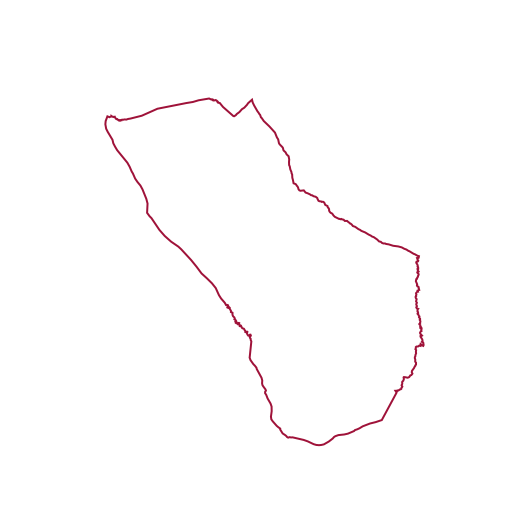 Liwale, Lindi, United Republic of Tanzania (Equal Earth projection), rotated 313°
{"feature_id": "72390352B80391364217442", "entity_name": "Liwale", "entity_type": "district", "adm_level": 2, "iso_a3": "TZA", "parent_name": "United Republic of Tanzania", "parent_adm1": "Lindi", "projection": "equal_earth", "projection_center": [38.174, -9.186], "detail": "fine", "context": "isolated", "style": "outline", "palette": "rose", "viewbox_px": 512, "rotation_deg": 313, "n_neighbors": 0, "source": "geoboundaries", "source_scale": "gbopen_adm2", "svg_char_len": 6116}
<svg xmlns="http://www.w3.org/2000/svg" viewBox="0 0 512 512"><g transform="rotate(313 256 256)"><path d="M367.6,146.5L362.3,146.0L360.5,146.3L356.5,146.3L353.7,145.6L349.9,145.7L346.7,145.1L345.2,145.2L343.3,144.7L342.9,144.0L342.5,130.2L343.2,125.1L342.5,124.1L342.7,123.3L342.3,123.2L342.4,122.7L342.6,122.7L342.8,122.1L342.8,121.2L342.6,120.8L342.6,120.2L341.2,119.3L341.0,117.7L340.8,117.7L340.6,117.3L340.4,117.5L340.3,116.8L339.9,116.5L339.2,114.3L330.7,107.8L325.6,104.8L320.3,100.7L296.5,83.5L280.7,76.8L270.8,70.4L269.0,69.0L267.3,68.1L266.2,66.7L265.0,65.9L264.4,65.1L263.8,64.8L263.5,65.0L262.9,64.1L262.4,64.4L261.8,63.8L261.8,63.0L261.5,62.9L261.5,61.0L261.3,60.7L261.1,60.9L260.8,59.8L261.5,57.8L261.1,57.7L260.9,57.2L260.6,57.2L260.0,56.1L259.8,54.7L259.3,55.1L258.5,54.5L257.6,54.2L256.8,52.1L252.2,54.0L249.6,56.0L246.9,59.6L245.7,62.8L243.1,71.8L241.1,74.8L239.8,78.5L238.7,82.3L236.5,98.3L235.1,102.7L233.0,107.5L232.4,109.7L230.2,114.8L229.3,118.8L228.7,123.4L227.3,127.6L223.0,136.8L220.4,140.9L213.3,146.9L212.5,151.1L212.4,153.7L209.2,167.6L208.4,175.6L208.6,184.2L209.9,192.8L209.9,196.8L208.8,211.3L207.6,219.9L206.1,228.1L206.2,235.2L206.0,242.4L205.1,248.4L202.1,255.6L201.1,259.5L200.5,265.1L199.7,267.5L200.6,268.3L200.9,268.8L200.8,269.2L200.4,270.0L199.3,269.8L198.8,270.1L199.1,271.1L200.2,271.5L200.2,272.2L199.5,272.7L198.8,275.1L197.9,275.9L198.5,277.4L198.4,277.7L197.5,278.3L196.7,279.4L196.3,280.4L196.3,282.0L195.9,283.0L195.0,283.4L195.3,284.4L194.9,285.9L194.7,286.2L194.1,285.8L194.0,286.3L193.3,286.6L193.3,287.0L193.4,287.4L194.2,287.7L194.2,288.0L193.8,288.5L193.8,288.8L194.5,288.5L195.4,289.1L195.5,289.5L194.6,289.9L194.5,291.0L193.7,291.5L193.6,291.9L193.8,292.2L194.6,292.2L194.8,292.5L193.9,294.7L193.9,295.4L194.5,296.6L194.5,297.1L194.0,298.3L194.0,299.2L193.1,300.0L193.4,300.7L194.6,301.2L194.6,301.5L193.4,301.8L192.7,303.4L192.5,304.7L192.9,305.1L194.5,305.3L194.7,305.6L194.2,306.6L193.6,306.6L193.2,306.2L192.4,306.8L191.9,307.8L191.9,308.4L190.9,309.5L190.4,310.8L176.9,321.0L177.2,320.9L176.1,323.0L175.1,327.8L175.0,330.0L174.6,332.5L173.9,333.5L170.7,343.1L169.2,345.5L167.1,347.2L166.0,348.7L165.6,350.1L164.9,353.9L164.3,355.1L162.9,355.3L161.9,356.2L161.4,358.2L159.7,361.7L158.0,367.3L156.5,370.1L153.2,373.3L148.7,376.5L147.0,378.6L146.5,381.0L145.9,387.0L146.0,389.2L146.3,391.4L145.6,392.0L144.4,396.5L144.9,399.5L145.0,400.9L144.8,402.1L145.1,403.4L146.4,404.1L147.2,405.4L148.3,406.4L154.0,416.3L155.7,420.2L157.7,426.5L158.9,428.9L160.6,431.1L162.3,432.6L164.5,434.1L170.0,435.8L174.9,436.6L176.7,436.5L178.3,436.9L181.2,438.4L185.7,442.3L188.8,444.4L194.9,447.1L196.2,447.1L198.2,448.2L200.6,449.2L204.2,450.2L211.2,453.6L216.1,456.8L221.8,459.9L251.9,452.0L252.5,449.9L253.2,450.6L253.4,451.4L253.9,451.6L254.3,451.3L255.2,452.0L256.7,452.3L257.1,452.7L257.9,452.9L258.8,452.3L260.0,452.2L260.4,452.0L260.6,450.8L260.8,450.6L261.9,450.3L262.8,449.7L263.4,448.9L264.0,448.7L265.2,448.8L266.8,448.1L267.9,446.7L268.3,446.7L269.2,447.9L270.4,449.9L271.4,450.4L272.0,450.6L274.0,450.3L274.8,450.8L276.4,450.7L276.7,450.6L277.2,449.2L278.4,448.4L281.7,448.0L283.3,447.5L284.1,447.5L284.6,447.1L285.7,447.1L287.1,445.8L287.3,444.5L288.9,443.1L289.7,441.7L290.5,441.1L291.2,441.0L292.4,440.1L294.1,439.4L294.8,438.4L296.4,437.3L296.6,436.1L297.4,435.9L298.4,435.0L299.2,435.1L300.5,436.3L301.8,436.5L302.4,437.6L303.5,436.7L303.7,437.1L303.9,436.9L304.0,438.6L304.3,439.6L305.2,439.3L306.7,437.4L306.7,437.1L306.3,436.3L306.4,435.8L307.5,435.7L308.4,434.5L309.2,431.3L309.7,430.9L310.1,431.4L311.0,431.7L311.2,429.4L311.6,428.4L313.1,427.9L314.0,428.2L314.4,427.5L315.5,426.9L315.3,425.4L316.0,424.6L316.5,425.2L316.9,423.9L317.5,423.3L317.4,422.1L317.6,421.8L318.8,421.9L319.2,421.4L319.8,421.2L320.5,420.6L320.9,419.3L321.5,419.3L322.1,418.7L322.3,417.1L323.3,416.7L323.3,415.8L323.7,415.2L323.9,413.6L324.8,413.6L325.5,412.6L325.4,412.2L325.5,412.0L327.1,410.6L327.9,410.6L327.4,409.2L327.8,408.2L329.1,407.9L329.8,406.3L330.1,406.0L331.5,405.6L332.0,404.0L334.0,402.9L334.2,401.7L334.8,400.7L335.1,400.5L335.9,400.5L336.3,399.9L337.1,399.7L337.9,398.4L340.0,398.3L340.4,398.0L340.6,398.5L340.9,398.1L341.5,398.0L342.5,398.5L342.9,397.6L343.3,397.3L343.3,397.0L344.1,396.3L344.3,395.6L343.9,394.9L344.1,393.9L344.7,393.4L345.2,393.2L346.6,390.1L348.4,389.0L348.8,389.3L349.4,389.2L350.2,388.6L351.3,388.6L351.8,388.1L353.3,387.7L353.8,386.9L353.7,385.9L353.9,385.2L354.2,385.0L355.5,385.5L355.9,384.0L356.4,383.3L356.8,383.5L357.2,382.7L357.8,382.9L358.5,382.0L358.6,381.2L359.2,380.9L359.8,379.9L360.2,378.2L360.6,378.0L360.7,377.5L361.3,377.3L362.5,378.1L363.2,377.9L363.4,376.9L364.3,375.3L364.8,375.9L365.2,375.7L365.7,376.1L367.0,375.3L366.3,373.9L365.6,370.9L365.1,369.8L364.1,364.9L363.7,364.0L363.3,361.6L362.4,359.5L361.7,356.7L360.0,353.5L357.0,349.3L355.0,345.1L353.5,342.9L353.2,341.9L352.1,340.7L351.5,339.3L351.5,337.6L350.6,336.1L350.7,333.4L350.1,329.2L349.4,327.7L349.2,326.0L348.5,323.8L347.7,319.8L346.2,315.8L346.1,314.4L345.5,312.6L345.0,308.7L344.0,306.4L344.3,304.5L344.2,303.2L343.9,302.6L344.0,301.9L343.8,300.3L343.8,298.7L342.2,297.0L342.3,295.3L341.5,294.0L341.4,293.3L340.7,293.0L340.3,291.9L339.8,291.6L338.4,286.9L338.5,284.9L338.9,283.3L338.9,282.3L338.5,281.2L338.6,279.8L339.0,278.6L340.1,277.5L340.5,276.5L340.5,275.4L341.3,274.2L340.6,271.8L341.6,269.5L341.5,268.3L341.2,267.8L340.4,267.2L340.4,266.6L339.3,265.0L339.0,264.1L339.6,262.3L340.2,261.2L340.0,259.2L338.9,257.2L338.8,255.9L338.0,254.7L337.9,253.5L337.1,251.0L336.2,249.0L336.6,246.2L334.0,244.0L333.6,242.9L333.8,241.6L334.8,240.0L335.2,238.7L335.2,237.9L335.6,236.6L335.6,235.9L334.8,233.9L336.7,231.3L338.0,229.2L340.3,226.8L340.7,225.7L341.6,224.6L342.7,222.1L344.6,219.5L345.1,218.2L347.3,216.0L349.2,214.5L351.2,211.8L351.2,209.1L352.0,206.9L352.0,204.4L352.2,203.7L353.3,202.2L353.6,201.2L353.8,197.1L354.2,195.8L356.4,192.7L357.0,190.4L359.2,185.7L359.9,177.4L360.0,169.7L360.8,166.1L360.8,165.0L362.0,162.8L362.1,161.7L362.6,159.9L362.8,158.5L364.8,152.0L366.0,148.9L367.6,146.5Z" fill="none" stroke="#9f1239" stroke-width="2"/></g></svg>